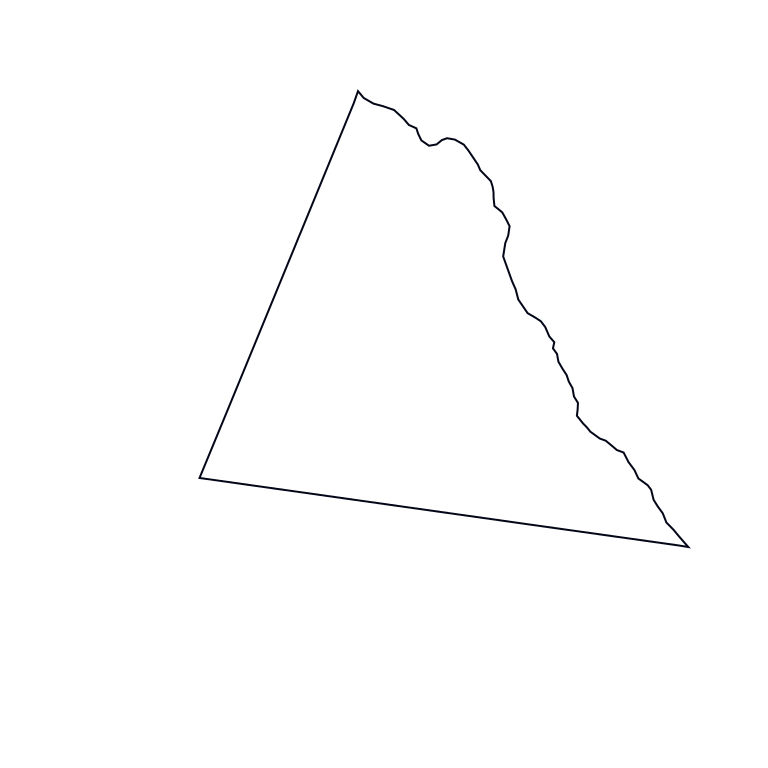 Afonso Cunha, Maranhão, Brazil, rotated 335°
{"feature_id": "56859067B15383644969550", "entity_name": "Afonso Cunha", "entity_type": "district", "adm_level": 2, "iso_a3": "BRA", "parent_name": "Brazil", "parent_adm1": "Maranhão", "projection": "albers", "projection_center": [-43.24, -4.219], "detail": "fine", "context": "isolated", "style": "outline", "palette": "ink", "viewbox_px": 768, "rotation_deg": 335, "n_neighbors": 0, "source": "geoboundaries", "source_scale": "gbopen_adm2", "svg_char_len": 1126}
<svg xmlns="http://www.w3.org/2000/svg" viewBox="0 0 768 768"><g transform="rotate(335 384 384)"><path d="M590.9,660.4L589.0,653.9L587.0,646.9L584.7,638.2L581.4,628.9L582.0,619.1L580.3,610.3L579.4,602.9L581.4,592.8L580.2,587.2L574.6,577.1L574.6,567.8L572.6,558.1L572.2,547.4L567.1,542.2L564.6,536.7L561.0,529.1L556.5,524.6L550.9,514.5L549.5,508.9L547.7,503.8L545.4,494.3L548.8,488.8L551.8,483.1L550.9,475.6L553.1,467.4L552.5,459.9L553.3,453.2L552.2,445.4L551.5,437.5L553.5,429.9L552.2,423.1L556.0,418.1L553.9,410.8L554.2,400.6L552.7,393.5L549.4,388.1L544.1,380.5L541.4,364.2L543.3,354.0L543.5,344.9L545.9,318.8L553.5,307.5L559.2,302.1L564.5,294.1L564.3,286.7L563.7,278.4L559.3,269.3L562.0,261.6L564.3,256.5L565.8,251.2L566.6,245.3L561.6,230.9L561.8,224.8L559.2,208.2L557.5,200.8L551.5,192.4L545.0,187.9L539.5,187.4L532.9,189.1L525.5,187.1L520.8,179.0L520.7,171.6L521.4,166.0L516.0,159.7L513.9,152.1L508.9,139.9L500.4,131.7L492.9,125.4L486.5,116.2L484.2,107.6L475.5,116.5L372.9,211.1L369.0,214.6L361.6,221.5L230.4,342.3L177.1,391.2L456.6,572.9L583.2,655.1L590.9,660.4Z" fill="none" stroke="#020617" stroke-width="2"/></g></svg>